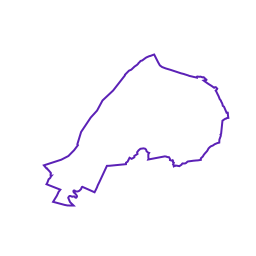 outline of Huehuetlán, San Luis Potosí, Mexico, rotated 67°
{"feature_id": "50627088B39544004778747", "entity_name": "Huehuetlán", "entity_type": "district", "adm_level": 2, "iso_a3": "MEX", "parent_name": "Mexico", "parent_adm1": "San Luis Potosí", "projection": "robinson", "projection_center": [-98.974, 21.517], "detail": "fine", "context": "isolated", "style": "outline", "palette": "violet", "viewbox_px": 256, "rotation_deg": 67, "n_neighbors": 0, "source": "geoboundaries", "source_scale": "gbopen_adm2", "svg_char_len": 4005}
<svg xmlns="http://www.w3.org/2000/svg" viewBox="0 0 256 256"><g transform="rotate(67 128 128)"><path d="M178.1,208.4L176.9,208.9L175.8,209.4L173.8,210.2L173.3,210.3L168.9,210.3L168.3,209.6L167.9,208.9L167.8,208.3L168.0,207.7L168.3,207.3L169.0,206.8L169.1,206.4L169.5,206.1L169.6,205.8L169.6,205.2L169.8,204.8L170.0,204.2L170.4,204.0L171.0,203.8L171.5,203.6L171.8,203.2L171.9,202.9L171.7,202.4L171.5,202.2L171.3,202.0L171.1,201.8L170.9,201.6L170.3,201.6L169.6,201.7L167.5,202.3L166.3,203.0L165.8,203.1L164.9,203.0L164.6,202.8L164.5,202.6L164.4,202.2L164.7,201.6L165.1,201.4L165.6,201.1L166.1,200.7L166.3,200.1L166.7,199.2L166.8,198.5L166.8,197.6L166.7,197.1L166.4,196.4L166.2,195.9L166.1,195.5L165.8,195.0L165.2,194.4L164.8,194.1L164.5,193.7L164.3,193.4L164.3,193.0L164.9,192.5L165.3,192.1L168.8,188.8L174.1,183.9L172.0,181.4L170.5,179.7L169.0,178.3L166.5,175.4L154.6,162.2L155.6,159.6L160.5,144.0L159.2,143.4L158.8,141.5L156.0,138.2L157.8,136.7L157.6,134.7L157.4,133.6L156.2,133.1L155.6,129.4L153.9,129.1L152.7,127.0L152.0,124.7L152.8,121.7L153.7,120.4L155.0,119.8L156.6,120.0L158.5,119.1L159.2,118.3L160.2,119.6L163.1,120.8L163.3,120.8L164.3,121.1L164.9,121.7L168.5,105.2L169.3,103.9L170.1,103.2L170.5,102.4L170.9,101.7L171.5,101.6L172.3,101.5L173.1,101.5L173.3,101.6L173.9,101.9L175.1,100.5L175.2,100.3L175.1,99.5L176.0,99.4L176.2,99.7L176.3,99.8L176.9,99.8L177.1,99.9L177.3,99.8L177.9,99.4L178.3,99.8L179.0,100.7L180.0,100.4L180.4,100.7L180.6,100.8L181.2,100.8L181.1,100.4L181.2,99.9L181.3,99.7L181.0,99.4L181.2,98.7L183.2,95.6L183.1,95.3L182.7,93.1L182.2,92.4L182.0,92.0L181.9,91.7L182.1,91.3L182.5,90.5L182.9,89.4L182.9,88.3L182.2,86.3L182.4,85.3L183.7,80.5L184.5,78.0L185.1,76.3L185.8,73.4L184.8,73.0L184.4,72.8L183.5,70.3L182.6,69.1L182.3,68.7L181.3,66.8L181.0,66.1L180.1,64.2L179.3,63.1L178.3,61.9L177.8,60.7L177.5,59.9L177.2,58.6L177.3,56.9L176.8,54.5L176.8,51.6L177.1,49.7L174.4,48.4L171.4,45.6L170.8,45.4L170.2,45.4L169.8,44.6L158.2,38.2L157.8,36.5L157.5,34.7L157.7,34.1L157.5,33.0L157.9,31.7L156.4,31.3L155.2,31.0L153.1,30.2L152.8,30.2L152.6,30.7L152.5,31.3L146.1,31.3L145.7,31.4L144.9,31.9L144.6,32.1L143.3,31.8L142.0,31.7L140.8,31.8L140.1,31.9L139.1,31.8L138.2,32.0L137.1,32.3L135.4,32.2L133.5,32.2L132.6,32.3L128.6,32.5L127.9,32.7L127.2,31.1L127.0,30.8L126.7,30.5L124.8,31.2L124.4,32.1L124.6,33.0L122.6,34.2L121.5,34.9L120.1,35.9L118.3,37.1L115.1,39.1L113.9,39.8L114.0,39.1L114.3,37.8L114.5,37.5L114.4,37.1L114.3,36.9L114.1,36.9L113.9,37.0L113.4,37.4L113.0,37.6L112.4,37.8L111.9,38.0L111.5,38.1L111.2,38.4L110.9,38.5L110.8,38.8L110.6,39.0L110.6,39.3L110.5,39.6L110.3,39.8L110.1,40.0L109.9,40.3L109.6,40.5L109.4,40.8L109.1,41.2L108.9,41.5L108.9,41.8L108.7,42.4L108.6,42.7L108.4,42.9L108.2,43.3L108.0,43.6L107.8,43.9L107.7,44.2L107.7,44.5L107.8,44.8L108.5,45.0L108.1,45.5L106.7,47.5L106.5,47.8L105.8,48.7L105.0,49.8L104.8,50.1L104.0,51.2L103.0,52.2L100.7,54.9L100.2,55.4L98.4,57.8L91.2,66.0L87.9,70.0L85.2,72.8L82.8,74.2L79.3,74.6L70.6,75.2L70.5,76.1L70.4,79.4L70.2,80.1L70.2,82.9L70.3,84.1L71.4,88.6L71.2,90.1L71.5,90.9L71.8,91.4L72.1,92.1L72.2,92.7L72.9,93.7L73.4,95.0L74.1,98.3L74.4,98.9L74.8,100.1L75.2,101.1L75.6,102.3L75.6,104.7L77.8,110.0L78.4,110.3L87.0,125.8L87.7,127.1L88.7,129.8L92.7,140.7L99.9,149.7L103.8,158.2L113.3,172.7L123.2,181.0L124.2,180.8L127.4,186.3L128.5,189.0L130.5,193.8L131.1,201.8L129.5,220.0L133.4,218.8L133.4,218.6L133.4,218.4L133.7,218.2L134.5,218.1L135.0,218.0L135.7,217.7L136.2,217.5L136.8,217.3L137.2,217.2L137.8,217.0L139.0,216.6L139.4,216.6L139.6,216.7L139.8,217.0L140.2,217.3L140.3,217.3L140.6,217.3L141.0,217.6L141.4,217.8L141.6,217.8L141.8,217.7L142.0,217.5L142.1,217.1L142.2,217.3L142.3,217.6L142.3,217.9L143.2,218.6L143.4,218.9L143.6,219.3L143.8,219.7L144.0,220.5L144.2,221.1L147.0,223.8L147.9,225.0L158.3,214.4L159.7,216.8L159.8,217.0L160.3,217.6L160.8,217.9L161.1,218.4L161.4,218.7L161.7,219.0L163.2,220.8L163.4,221.2L166.7,225.8L174.1,216.3L175.7,213.9L177.5,209.9L177.9,208.9L178.1,208.4Z" fill="none" stroke="#5b21b6" stroke-width="2"/></g></svg>